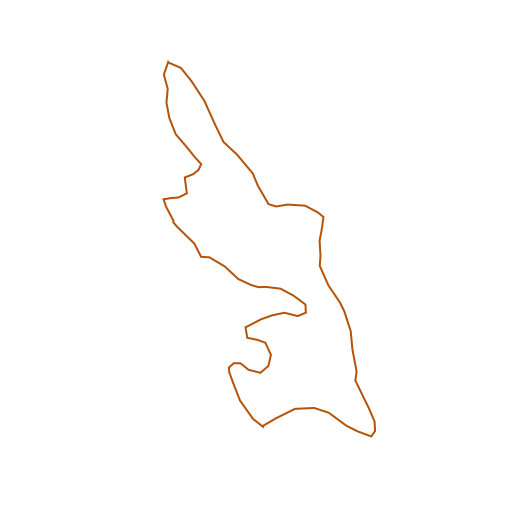 the district of Osby, Skåne, Sweden, rotated 64°
{"feature_id": "70781695B63851832202754", "entity_name": "Osby", "entity_type": "district", "adm_level": 2, "iso_a3": "SWE", "parent_name": "Sweden", "parent_adm1": "Skåne", "projection": "equal_earth", "projection_center": [14.155, 56.44], "detail": "fine", "context": "isolated", "style": "outline", "palette": "amber", "viewbox_px": 512, "rotation_deg": 64, "n_neighbors": 0, "source": "geoboundaries", "source_scale": "gbopen_adm2", "svg_char_len": 1272}
<svg xmlns="http://www.w3.org/2000/svg" viewBox="0 0 512 512"><g transform="rotate(64 256 256)"><path d="M189.4,315.6L195.1,314.1L206.1,310.2L217.7,306.0L232.7,305.7L236.7,298.5L251.8,288.6L269.0,282.0L279.7,273.3L285.0,267.6L288.1,260.7L296.0,248.4L308.0,239.7L321.3,232.8L328.8,236.1L328.3,244.8L319.5,255.3L316.4,267.6L315.1,279.3L315.5,296.7L325.7,299.7L331.9,291.6L338.1,285.6L351.4,285.9L360.3,293.1L362.9,303.3L355.0,312.6L345.7,316.9L342.6,322.9L344.4,329.2L348.8,331.0L360.3,332.2L377.3,333.6L378.9,333.7L401.1,330.1L412.5,324.6L411.7,323.9L410.6,309.2L410.5,287.9L418.1,270.3L428.8,259.3L448.3,249.1L458.0,241.7L468.7,231.5L468.0,230.2L465.5,225.7L456.8,222.0L442.8,221.3L411.5,221.3L403.9,216.2L382.3,210.3L365.0,203.8L344.5,200.9L334.8,200.9L314.3,203.8L292.7,203.0L284.0,197.9L270.0,192.1L262.4,186.3L250.6,178.3L244.1,181.2L232.2,189.9L223.6,205.2L220.3,216.2L214.9,222.0L193.3,223.5L180.4,222.7L156.6,228.6L139.3,235.2L119.8,235.2L93.9,234.4L70.2,237.4L54.0,241.1L43.6,250.0L43.3,250.0L52.6,259.3L67.1,262.1L78.8,269.2L94.0,273.4L111.3,274.8L127.3,270.6L139.7,267.8L149.4,265.0L153.5,270.1L154.9,276.7L154.2,285.6L169.4,290.7L169.4,300.1L166.6,307.2L164.5,314.2L172.1,315.2L188.1,314.7L189.4,315.6Z" fill="none" stroke="#b45309" stroke-width="2"/></g></svg>